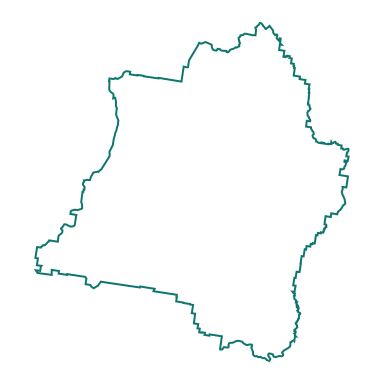 outline of Junee, New South Wales, Australia
{"feature_id": "25037944B78152286064279", "entity_name": "Junee", "entity_type": "district", "adm_level": 2, "iso_a3": "AUS", "parent_name": "Australia", "parent_adm1": "New South Wales", "projection": "albers", "projection_center": [147.763, -34.815], "detail": "fine", "context": "isolated", "style": "outline", "palette": "teal", "viewbox_px": 384, "rotation_deg": 0, "n_neighbors": 0, "source": "geoboundaries", "source_scale": "gbopen_adm2", "svg_char_len": 5910}
<svg xmlns="http://www.w3.org/2000/svg" viewBox="0 0 384 384"><path d="M37.1,247.1L35.4,257.9L37.9,258.3L36.9,265.3L41.4,265.8L40.8,266.5L40.2,270.9L35.8,270.3L37.6,273.0L51.7,274.9L51.7,269.9L59.0,271.0L58.6,273.6L67.2,274.9L67.3,274.1L85.3,276.9L86.4,278.5L85.6,284.2L90.4,285.0L91.5,286.8L93.7,288.2L98.0,285.7L100.8,281.7L139.9,287.5L140.1,286.5L154.6,288.8L153.5,291.2L176.8,294.8L176.4,296.9L176.8,297.0L176.2,301.4L183.5,302.6L183.5,303.0L190.0,304.0L190.0,304.5L193.1,305.0L191.8,313.2L195.1,313.7L193.9,323.4L198.2,324.1L197.5,328.4L199.8,328.7L199.2,332.3L201.5,332.7L201.6,332.3L204.9,332.8L204.5,334.9L209.4,335.7L209.6,334.4L221.9,336.3L220.0,349.2L220.2,349.5L222.2,349.4L224.0,347.1L226.5,347.5L228.4,347.4L228.7,346.8L228.5,344.8L229.1,343.4L229.7,342.9L232.9,342.7L236.0,341.2L237.3,340.9L238.5,340.8L241.8,341.6L242.4,341.8L243.2,343.1L246.2,344.9L247.2,345.0L250.1,344.4L251.9,344.7L252.2,345.9L251.5,347.1L251.3,347.8L253.1,352.0L253.0,354.4L254.3,356.0L255.2,356.3L256.7,356.1L258.5,357.2L260.5,356.8L262.4,358.1L264.7,358.1L265.8,358.8L266.7,360.0L269.2,361.0L270.1,359.6L270.3,358.8L268.4,356.0L268.2,354.5L268.8,353.6L269.9,353.5L272.9,354.4L273.5,356.5L275.5,357.1L279.5,356.0L281.4,356.3L282.5,356.0L283.2,354.9L282.8,353.5L282.1,352.8L282.3,352.1L284.1,350.4L288.7,347.7L290.0,346.5L290.3,345.4L290.4,342.2L291.6,341.9L292.2,341.0L292.9,340.6L293.9,340.7L294.3,341.2L295.0,336.3L295.8,336.4L294.9,335.5L295.3,334.8L295.2,334.1L294.3,333.5L295.8,332.1L295.2,330.8L294.4,331.0L294.4,329.8L295.7,328.9L297.3,327.3L297.0,326.3L297.1,325.4L296.0,324.2L295.7,323.2L296.8,322.4L296.6,321.5L297.9,320.5L298.0,319.9L297.9,319.2L299.0,318.5L298.8,317.9L299.1,316.1L298.9,315.1L299.4,314.9L299.6,313.9L300.2,313.8L300.3,313.5L299.8,312.7L298.2,312.2L298.0,311.4L297.3,310.7L298.0,310.2L297.9,309.1L298.6,308.9L298.7,308.1L296.8,307.3L296.7,306.0L297.6,306.8L298.1,306.5L297.9,305.7L297.4,305.6L297.1,304.5L296.6,303.9L296.7,302.8L297.0,302.2L295.8,302.3L296.2,300.4L294.4,298.9L294.4,298.2L294.1,297.3L294.8,295.6L294.1,295.5L294.6,294.6L294.5,294.0L294.8,293.5L293.5,293.0L292.4,291.6L294.5,291.8L295.6,285.7L293.2,285.4L294.4,277.8L295.6,278.0L296.6,271.7L299.5,272.1L300.9,263.4L300.5,263.4L301.7,256.1L303.6,256.4L304.7,249.3L306.1,249.6L306.6,246.0L310.3,246.6L310.7,243.9L312.5,244.2L312.7,243.1L314.7,243.5L316.0,235.1L317.5,235.3L317.9,232.9L320.8,233.4L320.9,232.3L323.2,232.6L323.4,231.1L323.8,231.2L324.1,229.2L324.4,229.3L324.5,228.5L324.9,228.6L325.2,227.7L326.2,227.2L325.9,226.5L326.4,226.2L326.2,224.6L324.5,224.3L325.6,216.2L330.8,217.0L331.3,213.3L337.2,214.3L338.0,211.7L340.7,209.5L343.3,205.2L345.1,204.0L345.2,202.5L344.5,199.0L342.3,194.0L341.8,191.8L342.7,189.0L342.5,186.9L346.3,187.4L348.0,176.4L339.5,175.0L340.5,169.0L342.7,169.4L344.2,168.6L344.2,167.3L345.7,165.1L345.8,163.5L346.7,162.2L344.4,161.8L344.6,160.4L347.8,160.9L348.6,156.6L346.3,156.3L346.9,152.7L347.3,152.8L347.5,152.1L348.2,151.4L348.6,149.4L348.3,148.9L347.6,148.8L344.0,149.7L343.3,149.6L342.9,149.1L342.9,148.6L341.2,148.3L341.6,145.5L337.6,144.8L337.7,143.8L336.0,143.5L335.8,142.6L335.4,141.9L334.5,141.9L333.2,143.1L332.1,143.5L331.3,141.9L330.9,144.1L328.4,143.7L328.3,144.3L324.0,143.6L324.1,142.9L321.6,142.5L321.8,143.3L318.4,142.8L317.3,141.7L316.2,141.6L315.9,139.6L315.3,138.8L314.7,138.4L314.1,138.5L313.6,138.3L312.5,135.8L312.8,135.0L313.8,134.2L313.4,132.0L312.4,130.9L311.0,128.4L311.0,127.3L306.1,126.6L306.8,120.8L310.2,121.3L310.3,120.9L310.0,119.6L309.1,118.4L309.2,117.5L307.5,115.4L307.6,114.5L307.3,113.0L308.1,111.0L309.1,110.6L310.5,108.8L309.6,107.3L309.5,105.3L308.3,104.9L308.4,103.7L307.9,103.7L308.8,98.4L308.9,97.4L308.7,97.4L309.3,92.7L308.8,92.7L309.3,89.1L308.7,89.0L309.5,84.4L304.9,83.7L305.5,80.0L299.6,79.1L300.0,76.6L293.7,75.6L294.8,67.9L293.9,67.8L294.2,65.9L293.5,65.8L293.8,63.8L291.0,63.4L291.8,58.5L289.4,58.1L289.8,56.2L287.1,55.8L287.0,56.6L285.4,56.3L285.3,57.1L283.5,56.8L284.4,50.8L279.1,50.0L279.9,44.4L281.6,44.7L280.1,43.1L280.7,38.5L279.6,38.3L279.2,41.0L276.7,38.3L277.3,35.0L277.0,34.6L275.9,34.6L275.1,35.2L273.3,32.9L273.1,30.6L269.6,25.9L266.0,29.0L265.3,28.7L264.9,27.6L262.9,25.8L263.0,25.4L261.6,23.6L260.9,23.1L259.8,23.0L258.8,24.9L257.3,25.9L256.8,26.9L255.4,27.5L255.7,29.0L256.1,29.6L255.5,35.3L253.9,35.1L252.7,35.3L247.0,33.9L244.4,33.7L243.1,35.0L240.4,35.3L240.3,36.5L238.6,37.8L238.7,39.2L239.3,40.8L239.1,41.5L240.0,43.0L239.0,45.0L239.4,45.9L239.2,46.4L238.6,46.4L236.8,47.6L235.6,47.3L234.0,48.5L230.3,49.7L229.2,51.3L227.9,52.3L226.7,52.1L226.4,50.9L221.8,50.7L219.6,49.4L219.7,49.2L217.6,48.8L217.1,49.9L216.2,50.7L213.7,50.0L213.0,49.7L212.0,47.7L211.6,44.7L206.0,42.2L205.4,42.1L201.2,43.7L199.1,42.8L198.2,45.0L189.0,60.4L188.0,67.2L186.8,67.3L183.7,66.6L181.5,81.6L158.8,77.9L158.7,78.4L156.2,78.1L143.7,76.3L143.7,75.8L137.4,74.9L137.3,75.5L129.8,74.3L130.2,71.7L126.4,71.2L124.6,71.9L123.3,73.3L123.2,74.3L122.0,76.5L117.8,78.9L115.9,78.6L115.5,78.0L113.6,79.0L109.4,78.5L109.0,81.2L109.5,81.3L109.2,89.4L110.3,91.6L113.3,94.0L113.6,95.7L113.2,98.3L114.9,97.7L115.2,97.9L116.0,101.7L115.9,105.7L116.1,106.7L116.8,107.9L116.1,114.7L118.4,120.6L118.0,122.8L118.1,124.5L117.4,126.1L116.2,131.0L115.2,133.0L114.8,135.5L113.8,138.5L112.8,145.2L109.5,151.5L109.7,156.0L101.6,168.9L98.5,171.8L98.3,171.5L93.3,172.6L90.8,177.2L90.0,180.0L89.6,180.2L87.0,179.8L86.3,180.2L83.9,180.4L84.0,181.7L83.1,183.1L83.0,184.7L84.6,187.1L84.3,189.7L83.6,189.6L83.3,192.1L82.5,192.0L81.2,202.2L82.0,204.2L82.2,208.2L81.4,208.9L77.5,210.1L74.9,209.7L72.0,210.4L70.8,211.2L70.4,214.0L76.3,214.9L74.7,225.2L73.7,226.1L71.6,226.6L69.9,226.4L65.8,224.3L64.3,224.3L62.5,227.1L61.0,228.5L61.2,229.0L62.5,230.4L62.3,232.1L61.5,233.5L59.4,234.9L58.5,236.2L57.8,241.7L49.3,240.4L49.2,241.1L48.8,241.0L45.6,244.6L44.7,245.3L44.2,245.0L42.6,245.4L42.3,246.2L41.3,246.7L40.8,247.6L37.1,247.1Z" fill="none" stroke="#0f766e" stroke-width="2"/></svg>